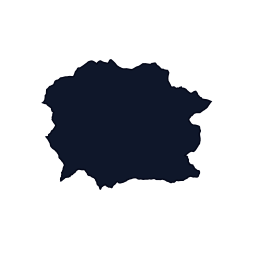 Carcasí, Santander, Colombia (Albers equal-area conic projection), rotated 239°
{"feature_id": "7082276B77034388589017", "entity_name": "Carcasí", "entity_type": "district", "adm_level": 2, "iso_a3": "COL", "parent_name": "Colombia", "parent_adm1": "Santander", "projection": "albers", "projection_center": [-72.585, 6.658], "detail": "fine", "context": "isolated", "style": "filled", "palette": "ink", "viewbox_px": 256, "rotation_deg": 239, "n_neighbors": 0, "source": "geoboundaries", "source_scale": "gbopen_adm2", "svg_char_len": 5767}
<svg xmlns="http://www.w3.org/2000/svg" viewBox="0 0 256 256"><g transform="rotate(239 128 128)"><path d="M193.6,68.0L192.0,69.3L191.4,70.0L191.2,70.6L190.7,70.9L189.9,70.8L189.0,71.0L184.7,72.8L184.3,72.7L183.3,72.2L181.9,71.8L181.4,71.8L179.8,72.5L179.6,72.4L178.6,70.9L177.2,70.0L176.8,69.4L176.1,68.6L175.1,68.2L174.3,67.4L170.7,67.4L169.5,67.6L168.2,67.6L167.4,67.5L167.2,67.4L165.8,64.9L165.4,63.9L164.8,62.9L164.8,62.0L164.7,61.0L163.5,59.3L163.3,58.7L163.1,56.6L162.7,56.3L162.0,56.0L161.6,55.5L161.7,54.9L162.4,53.6L162.5,53.3L161.7,53.4L159.8,53.7L155.3,53.6L154.5,53.4L152.4,52.6L151.6,52.6L150.8,52.8L149.6,53.0L146.7,54.3L145.5,54.4L145.1,54.8L144.7,54.9L143.4,54.8L141.8,55.0L140.4,54.9L139.8,54.7L138.7,54.1L138.1,53.8L137.2,53.9L136.3,54.3L135.6,54.3L134.9,54.6L134.1,54.4L133.1,54.8L132.3,54.8L131.2,54.9L130.3,54.7L129.1,54.7L128.6,54.3L127.8,53.1L126.9,52.0L125.2,50.6L125.1,50.3L124.2,49.2L123.8,48.2L123.5,48.0L122.7,48.0L122.4,47.7L121.8,47.1L121.4,46.7L120.5,46.4L120.2,45.8L119.6,44.5L119.3,44.3L118.7,44.1L118.4,43.7L117.8,43.5L117.4,43.2L117.2,43.7L117.2,44.1L117.6,45.3L117.6,46.6L117.9,48.1L118.0,48.8L117.8,49.5L117.4,50.3L117.3,50.8L116.8,51.4L116.8,51.8L116.7,52.4L117.0,53.1L116.7,53.1L116.5,53.3L117.0,54.0L117.1,54.4L117.1,55.2L117.4,55.2L117.5,55.3L117.5,55.5L116.9,56.4L117.1,56.7L117.4,58.2L117.4,58.7L117.6,59.1L117.4,59.5L117.5,59.8L118.4,61.8L118.4,63.8L118.3,64.4L117.6,65.4L115.9,67.3L115.8,68.0L115.6,68.3L114.5,69.3L114.4,69.6L113.8,69.7L112.6,69.6L111.7,69.8L111.0,69.8L110.4,69.9L109.9,69.9L108.8,69.6L108.3,69.7L107.6,70.1L107.2,70.7L106.7,71.1L106.4,71.6L105.2,71.8L104.4,72.4L103.8,72.7L103.0,73.4L101.0,73.9L99.3,73.5L98.4,73.7L98.0,73.7L96.8,73.1L95.1,72.7L94.0,73.2L93.2,73.4L92.3,73.3L90.2,72.7L89.9,72.9L90.0,73.2L91.1,74.6L91.3,75.2L91.3,76.1L91.5,76.8L91.3,78.1L91.4,79.3L91.4,79.5L91.2,79.6L89.9,79.7L89.3,80.0L88.1,80.8L87.6,80.9L86.6,82.4L85.4,83.3L85.4,83.7L86.2,84.9L86.6,85.8L86.7,86.5L86.8,87.9L87.8,90.6L87.8,91.0L87.7,91.3L87.1,91.6L85.7,92.1L85.0,93.2L84.1,96.2L84.0,98.0L83.8,98.7L83.8,99.6L84.0,100.4L83.7,103.0L83.0,105.1L83.0,105.6L82.5,107.3L81.8,108.6L81.2,109.4L80.5,109.9L79.4,110.4L78.9,110.9L78.4,111.6L78.0,112.8L76.3,114.6L75.9,115.3L75.7,116.1L74.1,118.7L73.5,120.6L72.8,121.1L72.3,121.9L71.9,123.4L71.5,124.2L70.9,125.0L70.3,125.4L69.7,125.6L69.4,125.9L67.8,128.5L67.2,129.3L66.7,131.0L66.4,131.4L64.7,133.0L63.9,133.5L62.7,134.0L61.2,135.4L59.6,136.3L59.1,136.8L59.0,137.1L58.9,138.1L58.7,138.5L57.9,139.6L58.0,140.6L58.3,141.8L58.3,142.2L58.2,142.7L57.7,143.5L57.4,143.6L57.0,144.1L56.8,144.6L56.3,145.8L54.8,148.4L55.0,149.8L54.7,153.2L55.1,154.3L54.7,156.6L54.0,157.5L52.5,158.8L52.2,159.6L50.8,161.5L50.5,162.0L50.4,162.5L50.6,163.3L51.8,164.6L52.3,165.6L52.7,166.0L53.5,166.5L54.3,166.8L54.7,166.7L55.7,165.6L56.4,165.0L57.6,164.8L59.1,164.0L59.6,164.0L59.8,164.2L60.1,164.3L61.7,164.3L62.4,164.1L62.9,164.3L63.0,164.2L63.1,163.6L63.3,163.4L63.9,163.2L64.7,162.7L64.9,162.0L65.1,161.9L66.6,162.3L67.4,162.1L67.8,162.2L68.8,162.6L69.5,163.2L70.4,163.5L71.6,163.2L71.9,163.4L72.5,164.0L72.9,164.0L73.8,163.5L74.7,162.8L75.1,162.6L75.3,163.3L75.8,167.2L75.9,168.2L75.8,169.9L75.5,170.6L74.2,172.2L74.3,173.0L74.5,173.9L74.8,174.7L76.7,178.6L77.2,179.3L77.7,180.7L78.0,181.2L79.5,182.4L80.1,183.1L82.1,184.3L85.4,185.6L86.8,186.5L88.1,188.3L88.8,188.7L90.0,188.8L92.1,189.7L92.7,189.7L93.3,189.3L95.3,187.5L95.9,186.8L96.3,186.1L97.2,185.0L98.0,184.6L98.9,184.2L99.8,184.1L102.8,184.0L103.9,184.2L104.3,184.6L105.1,185.7L105.2,186.7L105.9,187.5L106.0,188.2L105.8,188.9L105.9,189.5L106.4,191.0L106.7,192.4L106.1,194.7L104.3,197.6L104.7,201.6L104.6,202.6L104.8,203.6L104.8,204.8L105.2,206.7L106.5,209.2L106.6,209.7L107.1,210.7L107.8,212.5L107.9,212.8L108.8,212.1L110.7,210.7L111.7,209.7L113.3,207.7L114.7,206.2L116.0,206.3L117.3,205.3L117.9,205.1L118.6,205.2L119.3,204.9L120.0,204.8L120.7,204.7L121.6,205.0L122.6,205.1L124.5,204.9L124.9,203.8L125.0,202.9L124.9,201.8L124.7,201.2L125.1,200.1L125.7,199.2L126.4,198.8L129.9,197.6L131.1,197.5L132.1,197.0L133.2,196.2L134.4,194.6L134.8,194.4L135.6,194.7L136.0,193.4L135.9,192.0L136.1,191.6L136.4,191.3L136.7,190.9L136.9,189.9L137.3,189.4L137.7,189.1L138.4,189.1L139.4,188.6L139.7,188.2L139.7,187.7L139.9,187.2L140.7,186.4L141.1,186.0L141.7,185.9L142.9,186.3L144.0,186.2L144.9,186.4L147.2,186.4L148.2,186.6L150.2,187.6L152.1,189.0L153.8,190.7L154.5,191.3L155.1,191.4L156.5,191.4L156.9,191.5L157.3,190.9L158.9,189.0L160.3,188.2L160.5,187.4L160.7,187.0L162.1,186.5L165.3,185.8L165.7,185.4L166.3,185.1L167.8,184.8L168.6,184.9L169.7,184.6L170.6,182.2L170.9,181.6L170.7,181.1L170.8,180.4L171.0,179.6L174.0,176.0L175.3,173.8L175.1,171.1L175.1,169.0L175.7,166.6L175.7,162.6L176.0,161.3L176.7,160.3L179.4,157.2L180.2,155.6L181.2,154.0L182.4,153.0L183.9,152.1L184.3,151.7L187.1,150.4L190.2,150.0L192.9,149.3L195.2,148.5L195.4,147.8L195.3,147.2L194.0,145.2L193.8,144.5L194.0,143.6L194.4,143.1L195.2,142.5L195.8,141.6L197.4,140.2L199.5,139.0L199.8,138.5L199.9,137.3L199.6,135.6L199.0,134.6L199.0,134.3L202.2,132.8L203.5,131.9L204.3,130.9L204.4,130.4L204.9,128.7L204.9,127.5L204.6,126.2L204.5,124.6L204.2,122.1L204.1,119.2L204.0,118.1L204.1,117.6L204.7,116.8L204.9,116.1L204.9,115.8L204.7,115.3L204.3,114.8L203.9,114.0L203.2,112.0L201.4,109.9L200.2,108.1L200.2,107.6L200.4,106.8L201.0,106.0L202.0,104.6L202.7,103.1L203.0,102.1L203.7,101.1L204.2,99.8L204.8,97.6L205.5,96.1L205.4,95.2L205.1,94.3L205.0,93.1L205.2,92.0L205.5,91.4L205.6,89.9L205.2,89.1L204.8,88.7L204.4,88.1L203.8,87.4L203.4,86.8L203.3,86.4L203.3,85.7L203.4,84.9L203.5,83.2L203.8,82.3L203.6,81.6L202.9,79.6L202.8,78.3L202.5,78.0L201.1,77.0L199.5,76.0L198.9,75.4L198.3,73.8L196.9,73.0L194.9,71.4L193.9,69.7L193.7,69.0L193.6,68.0Z" fill="#0f172a" stroke="#020617" stroke-width="1.5"/></g></svg>